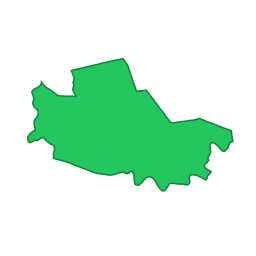 outline of Panzós, Alta Verapaz, Guatemala, rotated 78°
{"feature_id": "79465075B48438720482803", "entity_name": "Panzós", "entity_type": "district", "adm_level": 2, "iso_a3": "GTM", "parent_name": "Guatemala", "parent_adm1": "Alta Verapaz", "projection": "albers", "projection_center": [-89.636, 15.321], "detail": "fine", "context": "isolated", "style": "filled", "palette": "green", "viewbox_px": 256, "rotation_deg": 78, "n_neighbors": 0, "source": "geoboundaries", "source_scale": "gbopen_adm2", "svg_char_len": 3452}
<svg xmlns="http://www.w3.org/2000/svg" viewBox="0 0 256 256"><g transform="rotate(78 128 128)"><path d="M152.0,27.5L151.9,28.4L150.9,29.5L150.5,30.4L149.2,32.1L147.0,35.8L146.6,36.1L146.4,36.7L144.1,40.0L143.8,40.8L141.0,44.6L140.9,45.0L138.1,49.5L135.6,53.1L135.5,53.5L133.5,56.1L133.4,57.6L133.8,58.4L133.9,63.1L133.4,66.0L133.5,67.6L132.6,78.6L132.6,80.0L132.1,84.6L130.9,85.4L126.3,87.5L124.4,88.6L121.0,89.9L114.9,93.0L110.0,95.1L107.6,96.4L104.7,97.4L104.1,98.0L100.8,99.5L94.8,102.3L94.0,111.0L93.8,111.9L93.5,112.1L85.8,113.0L85.5,113.2L78.0,113.9L77.6,114.1L70.3,114.8L69.8,115.0L67.2,115.1L66.6,115.3L59.2,118.4L59.0,128.7L59.2,138.7L59.4,143.6L59.5,148.4L59.7,156.5L59.8,167.3L60.0,171.5L64.7,170.7L65.8,170.7L66.9,170.3L68.1,170.0L68.9,170.8L70.2,171.0L71.2,171.6L72.1,172.4L73.3,172.1L74.7,171.8L75.7,172.5L77.1,173.3L78.4,173.7L79.5,174.2L82.5,173.3L86.1,172.2L85.2,176.3L84.6,179.4L83.9,182.4L83.1,185.3L82.3,188.2L82.0,189.5L80.0,191.3L78.1,192.9L75.8,194.9L73.3,197.3L72.5,198.3L71.4,199.5L68.4,201.3L67.2,202.0L65.8,202.8L65.2,203.1L65.9,203.2L67.0,203.9L68.7,206.0L69.7,208.3L70.1,210.4L71.1,212.7L71.6,213.6L72.6,214.4L73.6,214.6L77.0,214.1L79.3,214.0L80.5,214.3L82.2,215.3L84.2,216.1L86.0,215.9L88.3,215.1L88.6,215.1L90.3,213.9L90.6,213.4L91.5,212.9L92.4,212.8L92.8,212.5L94.1,212.6L96.1,213.2L97.0,213.6L99.2,215.6L100.2,217.2L101.9,218.4L104.0,219.0L109.8,219.1L110.7,219.5L111.1,219.9L111.4,221.4L111.9,222.1L111.9,222.6L113.7,225.7L116.0,227.9L119.0,228.5L120.6,228.2L121.3,227.9L121.8,227.2L122.0,226.5L121.6,225.7L121.6,224.9L121.1,224.1L120.9,222.0L120.7,221.7L120.9,220.2L121.3,219.7L121.3,218.6L119.8,215.7L119.9,214.5L120.0,213.1L120.9,212.1L123.4,210.5L127.3,207.5L128.5,205.8L128.8,204.8L129.5,204.2L131.8,204.1L134.1,204.5L137.5,206.2L141.3,207.0L142.1,207.0L143.2,205.6L144.6,202.3L145.6,200.8L145.6,200.4L147.6,196.8L148.6,194.5L149.5,193.7L150.1,192.1L152.9,188.4L159.6,177.8L161.2,175.6L161.4,175.0L163.8,171.8L164.5,170.0L166.4,167.1L167.2,164.6L167.5,162.8L168.4,161.3L170.5,155.0L170.6,150.6L170.3,150.2L170.3,145.2L170.0,144.2L170.2,141.8L170.9,140.7L171.8,139.8L172.5,138.2L172.4,136.6L171.5,135.7L171.1,134.6L170.8,133.6L172.0,132.6L175.1,132.0L177.1,132.1L180.4,132.9L182.0,132.6L183.8,133.1L184.6,132.7L185.3,131.8L186.1,130.0L185.9,128.5L183.6,125.0L183.0,124.3L182.9,123.9L181.9,123.2L181.6,121.8L180.4,120.5L180.2,119.9L180.1,117.4L180.5,116.4L181.5,114.9L183.0,113.5L184.8,112.8L185.7,112.3L189.6,111.3L190.8,110.6L192.1,110.3L193.4,109.6L194.2,109.4L196.3,107.9L197.0,106.8L197.0,105.6L196.4,104.6L194.4,102.4L194.0,101.6L191.9,99.9L191.1,99.0L191.0,98.4L191.5,95.4L192.0,94.3L192.2,93.2L192.8,92.1L193.2,90.0L193.8,88.9L194.1,86.7L194.6,85.0L195.5,83.5L195.5,83.0L196.0,80.9L194.8,79.3L193.1,78.6L190.7,78.8L189.9,78.7L187.8,77.7L187.2,77.0L187.0,76.5L187.2,74.1L187.8,73.1L188.3,70.6L190.0,69.0L192.0,65.8L193.1,65.0L194.6,63.3L194.9,62.4L193.8,61.1L192.2,60.7L191.5,60.2L190.1,58.3L189.2,56.7L188.5,56.1L187.4,56.0L187.1,56.8L186.5,57.4L185.7,58.6L184.1,59.7L182.9,61.0L182.2,61.3L181.0,61.4L180.4,61.1L178.6,59.5L178.7,58.3L176.2,55.7L175.6,55.7L174.9,56.1L174.0,56.2L171.7,54.2L168.8,52.1L164.3,51.5L163.1,51.8L161.5,51.2L160.1,50.0L159.8,48.6L160.2,47.6L161.5,45.9L164.2,43.8L167.2,42.3L169.9,40.5L170.7,39.6L170.7,37.7L169.5,36.4L169.4,35.9L168.0,34.6L167.9,34.1L166.2,33.4L163.7,31.4L163.1,30.1L163.0,28.2L156.4,27.9L152.0,27.5Z" fill="#22c55e" stroke="#15803d" stroke-width="1.5"/></g></svg>